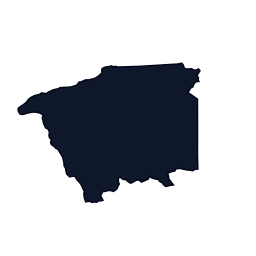 Piquet Carneiro, Ceará, Brazil (Mercator projection), rotated 63°
{"feature_id": "56859067B98539015493985", "entity_name": "Piquet Carneiro", "entity_type": "district", "adm_level": 2, "iso_a3": "BRA", "parent_name": "Brazil", "parent_adm1": "Ceará", "projection": "mercator", "projection_center": [-39.446, -5.857], "detail": "fine", "context": "isolated", "style": "filled", "palette": "ink", "viewbox_px": 256, "rotation_deg": 63, "n_neighbors": 0, "source": "geoboundaries", "source_scale": "gbopen_adm2", "svg_char_len": 2367}
<svg xmlns="http://www.w3.org/2000/svg" viewBox="0 0 256 256"><g transform="rotate(63 128 128)"><path d="M174.6,199.3L175.1,197.3L176.1,195.3L178.1,193.6L178.4,191.8L179.9,189.7L179.6,186.8L180.7,185.0L181.0,183.1L178.7,183.1L175.5,183.1L174.8,181.4L173.3,180.0L173.9,177.6L174.4,175.9L174.7,173.9L175.9,171.8L177.9,169.8L177.7,167.6L177.1,165.1L175.4,163.5L174.0,161.3L171.2,160.8L169.1,159.8L167.9,158.6L169.0,156.8L170.6,156.3L172.0,155.3L172.8,153.4L175.3,152.6L178.1,151.0L178.6,149.1L178.3,146.3L178.4,143.4L179.8,141.5L182.3,140.6L182.5,137.7L182.6,135.3L182.7,133.0L180.5,131.3L181.9,130.4L183.4,129.4L185.8,126.8L187.4,124.6L189.3,124.2L190.9,123.6L192.6,122.2L194.6,122.2L197.3,120.8L198.1,117.2L198.7,115.4L199.3,113.3L197.0,113.9L194.7,114.2L192.2,114.8L189.4,113.8L185.9,113.2L186.5,111.6L186.6,109.3L187.6,105.9L186.1,103.9L186.9,102.1L187.6,99.7L189.1,98.4L190.5,96.5L191.8,95.0L193.6,92.1L195.5,89.7L195.2,87.0L196.3,84.4L182.9,78.0L162.0,67.3L133.8,53.0L122.9,58.8L122.6,56.4L120.9,54.5L120.8,51.6L119.0,49.6L117.7,47.1L118.0,45.3L118.7,43.7L117.0,43.8L115.3,42.4L112.6,42.8L111.3,40.7L109.7,37.9L107.4,38.4L107.2,41.2L106.3,43.0L104.1,44.4L103.1,46.5L102.2,49.0L100.2,50.6L96.9,50.2L94.7,50.6L94.0,53.0L93.4,55.2L91.5,59.4L78.2,90.0L69.1,109.3L67.4,111.2L66.7,113.4L65.1,114.6L64.8,116.5L64.0,118.7L63.4,120.7L63.2,123.7L64.4,125.1L66.9,126.0L68.2,130.2L68.7,134.3L68.4,136.3L67.9,138.7L67.3,141.3L65.9,143.8L65.6,149.3L64.8,150.9L65.7,152.2L66.6,154.6L66.0,157.5L65.5,160.4L64.7,162.2L64.1,163.9L62.9,166.1L61.9,168.6L61.1,170.5L61.5,172.2L60.7,174.4L60.0,178.0L60.0,180.3L59.8,182.5L60.3,184.7L59.0,187.3L57.5,188.9L57.9,191.4L56.7,196.6L56.7,200.6L57.3,203.8L58.4,205.6L59.2,207.9L59.8,211.4L60.4,216.4L61.6,217.6L63.7,218.1L66.3,218.0L67.5,216.8L68.3,215.2L68.8,212.5L69.1,210.4L70.8,205.1L72.3,202.6L74.6,199.8L76.7,198.3L78.3,198.0L80.4,200.0L82.6,200.2L84.7,201.0L88.4,201.3L90.6,201.3L92.1,199.9L94.5,199.7L96.7,200.2L98.3,201.6L101.0,202.4L103.3,201.5L106.2,203.7L108.3,203.7L110.5,202.4L113.5,201.4L115.3,200.0L117.3,200.0L120.1,199.7L122.2,199.6L124.8,199.5L130.3,201.0L132.6,202.1L135.2,201.9L138.6,202.9L141.0,203.5L145.1,202.2L145.5,200.0L146.7,197.2L151.0,197.0L154.1,196.0L157.1,195.5L159.7,195.6L161.7,195.7L164.3,195.6L166.6,197.2L170.0,198.5L172.4,198.9L174.6,199.3Z" fill="#0f172a" stroke="#020617" stroke-width="1.5"/></g></svg>